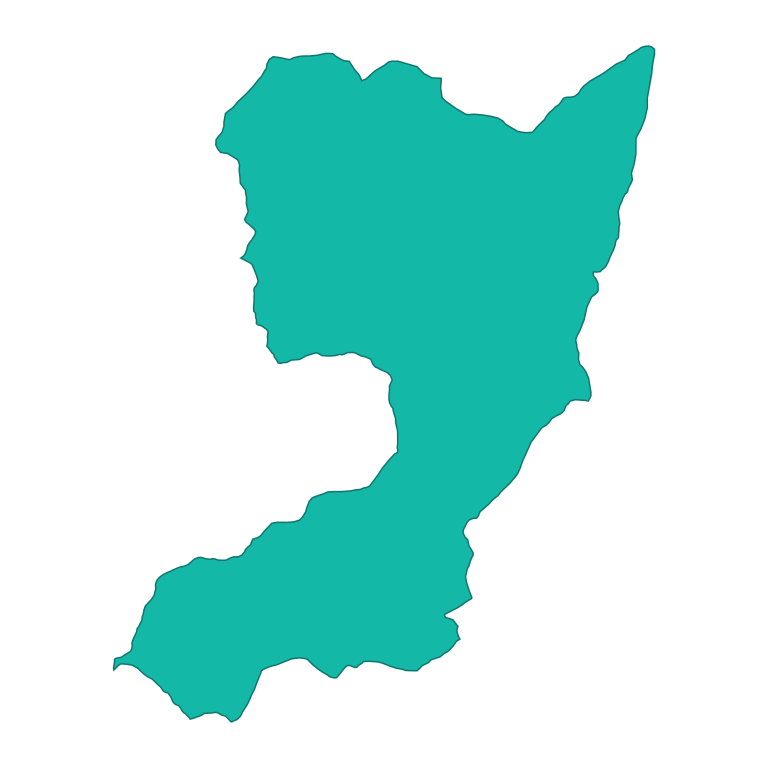 the district of Dangchhu, Wangdi Phodrang, Bhutan
{"feature_id": "84629894B29332894979808", "entity_name": "Dangchhu", "entity_type": "district", "adm_level": 2, "iso_a3": "BTN", "parent_name": "Bhutan", "parent_adm1": "Wangdi Phodrang", "projection": "natural_earth1", "projection_center": [90.174, 27.6], "detail": "fine", "context": "isolated", "style": "filled", "palette": "teal", "viewbox_px": 768, "rotation_deg": 0, "n_neighbors": 0, "source": "geoboundaries", "source_scale": "gbopen_adm2", "svg_char_len": 6068}
<svg xmlns="http://www.w3.org/2000/svg" viewBox="0 0 768 768"><path d="M231.8,721.9L233.4,721.0L237.3,719.4L240.2,716.5L242.9,711.3L247.4,704.3L250.2,698.3L251.6,694.7L254.4,689.4L256.8,682.6L260.9,672.8L261.2,671.1L262.7,669.9L265.2,668.4L270.9,666.2L276.7,664.8L290.9,659.1L294.5,658.4L299.6,657.8L306.1,658.8L307.4,659.3L313.0,665.0L318.0,668.9L322.3,672.0L326.5,674.4L330.3,677.0L334.9,678.0L336.8,677.6L344.4,668.1L347.2,665.6L349.9,665.5L354.8,667.5L357.0,667.2L358.0,665.8L359.6,664.6L361.8,663.4L363.3,661.6L368.4,661.2L378.7,662.0L382.6,663.2L390.6,666.3L396.5,668.2L401.9,669.2L405.9,670.5L417.0,670.8L419.8,668.3L422.1,665.7L428.6,662.5L431.0,659.8L440.0,656.9L444.7,653.1L447.8,651.5L452.6,646.7L456.4,641.4L459.9,639.1L458.3,636.2L456.8,630.9L457.9,626.3L452.8,619.7L445.6,617.5L444.5,615.5L444.9,614.2L457.4,607.8L461.8,605.1L466.2,601.6L471.1,598.9L471.9,597.6L469.4,591.4L467.7,586.2L466.3,581.5L465.5,576.3L466.5,572.6L467.2,569.0L468.7,566.4L471.2,558.8L473.1,555.2L473.1,552.8L470.6,548.4L469.0,546.1L467.6,539.7L465.2,537.3L463.2,533.3L463.2,530.2L467.0,522.5L469.5,519.7L473.6,518.3L476.6,518.1L478.3,515.9L480.1,511.6L488.8,504.1L491.1,501.5L494.6,498.2L497.7,495.9L500.7,492.0L509.9,483.2L514.9,477.3L517.7,473.5L520.4,467.5L522.3,461.7L531.2,442.0L541.8,427.7L546.0,425.3L548.7,422.8L551.8,418.6L554.7,416.7L561.2,413.5L563.8,411.0L566.2,405.3L568.1,403.9L570.2,401.0L575.2,399.7L585.5,400.4L588.4,401.0L590.9,395.9L590.9,392.0L588.6,378.3L585.6,371.4L582.3,366.7L579.8,364.5L578.5,359.4L578.8,353.0L576.9,348.1L576.7,344.7L576.1,342.4L575.8,339.8L576.2,337.6L580.1,330.0L584.0,320.1L586.9,307.0L591.6,296.9L595.5,294.0L597.7,291.8L598.1,290.1L598.0,283.4L595.9,278.6L593.8,276.5L593.1,273.2L593.4,272.0L597.0,272.0L600.2,271.6L602.4,269.4L604.1,268.2L605.9,266.2L608.6,261.1L609.3,258.8L611.1,254.7L613.6,249.6L615.0,245.6L615.9,240.6L618.4,237.5L618.7,232.6L618.9,231.0L619.0,226.8L619.5,225.2L619.7,222.9L618.7,216.7L618.7,215.0L618.1,211.9L620.0,205.2L621.7,201.6L622.9,198.2L625.2,193.9L626.4,193.1L627.6,191.5L628.3,188.3L631.0,183.2L632.5,179.7L631.9,176.9L631.5,173.7L631.7,172.0L634.3,163.5L635.9,154.0L636.0,138.0L641.1,128.4L644.9,118.6L647.3,107.9L647.3,98.1L651.6,74.1L652.6,64.3L654.5,54.1L654.5,49.2L651.3,46.7L648.4,46.1L645.2,46.3L641.2,47.5L639.1,49.1L628.3,55.7L624.9,60.2L615.9,64.3L603.1,73.5L590.1,81.0L583.7,86.1L581.3,88.9L578.5,93.5L574.6,96.3L571.7,97.1L566.3,97.3L563.5,98.3L559.7,103.8L557.9,105.4L555.0,107.2L553.4,109.2L549.0,113.0L547.0,115.4L544.5,119.5L536.3,127.7L534.0,130.7L532.3,132.3L526.5,132.7L521.5,132.2L517.4,131.3L505.6,124.3L502.7,120.9L497.9,118.1L490.8,116.3L482.1,114.9L473.6,114.2L469.9,114.6L465.9,114.4L455.5,108.2L445.9,101.3L442.1,97.8L440.6,88.0L441.2,81.1L441.2,78.3L431.9,77.9L423.9,73.6L417.2,66.8L398.0,61.2L392.0,61.2L388.9,61.9L384.4,65.3L375.4,70.6L371.1,74.3L366.1,79.0L361.7,80.7L360.4,77.5L358.4,74.0L354.1,69.0L349.2,61.3L344.2,60.8L340.9,59.3L335.1,55.8L332.9,53.8L329.6,53.4L325.5,53.4L317.7,55.2L309.8,56.0L304.3,56.0L300.0,56.3L293.8,57.7L289.7,59.6L286.4,59.1L281.1,57.8L273.1,56.7L269.3,59.5L267.0,64.0L266.3,68.9L264.7,70.6L261.7,76.2L258.3,79.9L253.6,85.9L246.9,93.3L238.5,101.1L232.8,107.7L228.5,110.9L225.5,113.5L224.0,121.9L223.9,126.5L222.0,132.5L218.6,136.2L216.1,139.7L215.8,144.9L217.8,149.0L220.6,152.4L227.7,153.5L237.6,159.7L238.6,161.5L239.6,165.2L239.1,169.8L240.0,177.4L240.3,183.3L245.5,190.3L245.6,192.8L246.5,197.3L246.5,201.8L246.3,203.6L248.0,210.4L248.0,212.1L244.7,219.2L245.6,221.7L251.3,226.4L254.7,229.7L255.6,231.5L255.2,234.4L252.2,239.2L249.3,243.0L247.7,245.6L246.9,249.4L245.2,253.8L243.5,256.1L240.8,258.1L249.9,262.7L251.9,264.3L254.1,269.1L256.6,275.6L258.2,281.3L256.3,285.4L254.2,288.0L254.0,290.2L254.3,293.1L254.1,296.7L254.1,301.9L253.6,306.9L253.7,311.0L255.5,313.2L255.7,316.8L256.5,320.2L256.4,323.7L257.7,324.7L261.6,325.9L267.0,329.7L268.1,332.3L267.4,336.2L267.7,338.9L267.5,342.9L266.9,346.4L269.1,348.7L272.0,353.0L273.8,354.3L274.3,356.9L276.5,359.8L278.3,363.1L280.6,363.3L283.5,362.6L286.9,362.4L291.3,360.1L299.2,359.5L300.9,358.8L305.9,355.9L313.2,353.6L316.3,352.8L318.6,353.7L322.2,355.6L329.4,356.0L335.2,355.6L339.7,354.4L342.4,354.8L347.6,352.6L352.8,352.5L355.3,352.9L360.8,355.8L365.1,356.8L370.5,359.0L371.1,360.0L372.9,364.2L375.0,366.8L377.4,367.8L380.5,369.5L386.8,372.3L390.3,375.2L392.2,379.9L390.3,384.1L389.3,386.7L389.6,388.9L389.0,394.5L389.0,399.4L389.5,402.4L391.2,406.1L392.9,408.2L393.1,410.1L394.2,414.4L395.5,417.9L395.7,423.1L397.4,430.0L397.6,432.6L397.7,442.8L397.2,447.4L397.8,451.1L397.4,452.5L394.5,454.1L389.6,459.4L382.6,467.8L377.8,475.2L369.8,485.9L367.6,487.1L363.1,488.2L360.2,489.5L356.3,489.7L350.8,490.9L341.5,491.6L333.7,491.6L327.7,492.0L322.2,494.3L318.5,495.4L312.4,497.7L309.2,501.3L306.8,507.8L305.6,512.0L302.5,517.1L299.5,520.1L293.8,521.9L286.9,522.4L277.4,522.3L274.4,522.7L271.8,523.3L264.5,530.9L260.5,535.9L257.4,537.8L252.7,539.2L251.7,541.9L250.2,545.3L247.6,547.2L245.3,549.8L244.7,551.6L242.0,555.0L238.6,556.7L233.7,556.9L230.9,557.7L226.1,560.1L223.6,560.3L218.0,560.1L214.8,558.9L212.4,558.6L210.5,559.3L206.0,558.8L201.2,557.4L198.6,557.5L194.6,558.9L188.2,564.5L185.2,565.9L178.6,567.5L165.7,573.3L162.8,574.8L160.0,576.9L156.9,580.2L155.6,584.2L155.5,586.3L155.9,588.4L154.1,595.2L151.9,598.8L145.4,606.0L144.1,609.5L143.1,614.5L142.3,616.5L141.9,620.2L138.5,627.0L137.2,628.5L136.5,632.1L133.4,638.6L132.3,641.5L132.0,643.6L132.3,646.3L131.2,650.2L130.2,651.6L124.9,654.8L121.5,657.2L116.1,658.3L114.5,659.3L114.5,662.2L113.5,668.0L113.8,670.0L118.8,665.1L120.6,663.9L124.5,664.0L131.3,664.9L132.6,665.3L137.6,668.1L143.9,674.1L148.2,677.1L152.2,679.1L157.6,684.4L160.6,687.0L163.6,691.3L165.6,692.3L167.9,692.9L169.9,695.6L171.3,697.8L172.5,701.1L173.8,703.0L175.7,704.6L178.6,705.5L180.9,708.6L181.9,710.6L183.6,712.6L185.4,713.8L188.8,717.2L190.1,719.1L192.5,718.5L201.3,715.4L204.2,713.4L212.3,712.9L215.6,712.4L217.5,712.7L220.5,714.3L221.7,715.1L225.5,716.1L227.7,718.2L230.7,721.6L231.8,721.9Z" fill="#14b8a6" stroke="#0f766e" stroke-width="1.5"/></svg>